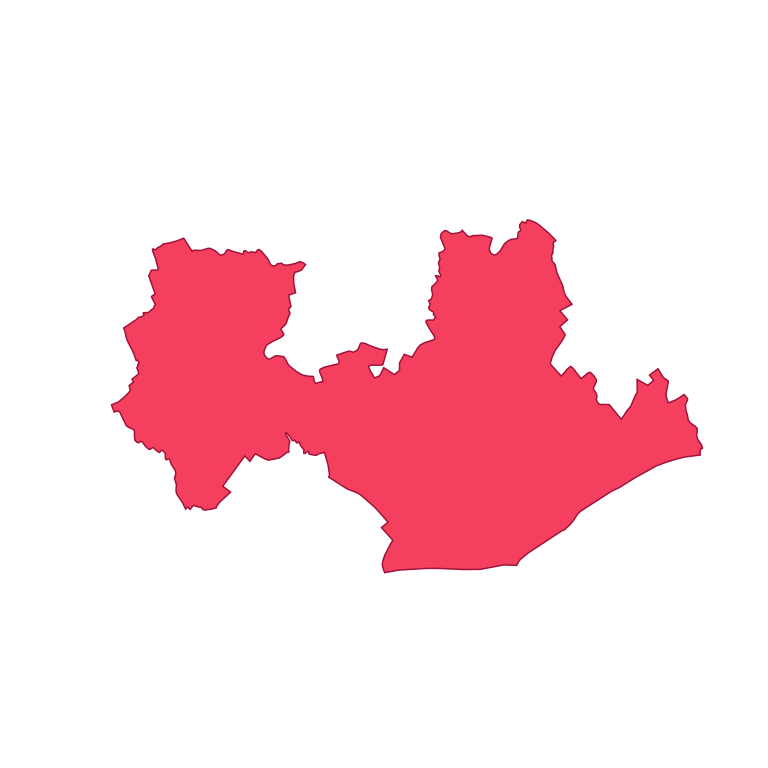 the district of Cho Gao, Tiền Giang, Vietnam, rotated 323°
{"feature_id": "81297802B70172971551103", "entity_name": "Cho Gao", "entity_type": "district", "adm_level": 2, "iso_a3": "VNM", "parent_name": "Vietnam", "parent_adm1": "Tiền Giang", "projection": "robinson", "projection_center": [106.446, 10.395], "detail": "fine", "context": "isolated", "style": "filled", "palette": "rose", "viewbox_px": 768, "rotation_deg": 323, "n_neighbors": 0, "source": "geoboundaries", "source_scale": "gbopen_adm2", "svg_char_len": 6171}
<svg xmlns="http://www.w3.org/2000/svg" viewBox="0 0 768 768"><g transform="rotate(323 384 384)"><path d="M439.3,609.0L447.1,608.4L452.6,607.2L460.2,604.4L464.8,603.9L501.3,606.6L509.3,608.3L527.1,609.8L552.1,613.3L562.4,616.3L572.9,620.2L579.8,623.1L593.8,631.0L595.1,629.0L597.7,626.7L599.8,626.9L601.1,622.8L601.1,618.6L601.6,615.8L602.7,613.3L606.3,609.6L607.4,607.6L607.2,605.6L605.2,599.1L605.4,595.7L607.6,591.5L609.3,586.7L612.0,582.4L613.1,581.3L616.8,579.5L617.7,578.1L617.3,573.0L607.8,572.4L599.6,570.1L602.1,563.4L603.2,561.8L612.9,552.8L611.0,546.8L612.0,536.7L601.3,536.7L601.5,543.4L593.8,543.8L588.9,532.6L580.9,543.5L578.2,544.1L567.8,550.2L562.3,551.5L552.3,555.0L551.5,536.0L544.3,530.4L543.4,528.3L544.1,524.3L546.2,522.5L547.5,520.4L548.1,517.4L548.0,515.0L548.8,513.3L554.9,510.0L556.2,508.4L556.5,503.3L555.9,499.3L555.4,498.5L554.0,497.9L544.6,498.4L544.4,484.6L543.6,482.2L539.3,482.4L530.4,484.4L529.0,470.0L529.1,467.8L534.3,463.8L540.9,460.2L550.1,457.4L554.9,455.5L558.4,453.7L558.9,444.0L569.2,443.3L568.6,431.3L582.1,433.5L582.1,423.3L583.0,419.1L585.7,413.7L589.1,399.1L592.6,391.3L592.2,387.2L592.6,386.0L593.7,384.9L594.9,382.4L598.2,380.6L599.7,378.3L602.3,376.2L603.7,373.6L605.2,372.8L607.4,373.1L607.5,371.1L606.3,362.4L603.4,349.7L602.2,346.3L599.4,341.5L597.2,339.2L594.1,340.8L592.2,337.6L588.3,338.4L586.8,340.2L586.1,342.8L585.4,343.7L582.8,343.5L578.1,348.1L572.8,345.1L570.0,344.4L566.6,344.3L563.9,344.8L556.8,347.6L552.1,348.2L550.1,347.7L549.2,346.8L548.1,343.9L548.9,340.2L550.1,338.6L558.0,332.7L558.0,331.8L553.0,325.4L551.3,323.8L544.3,319.0L540.4,317.7L539.5,314.3L539.0,308.3L537.9,308.8L536.1,308.6L533.7,307.7L528.9,305.1L527.5,303.1L526.1,299.1L524.9,298.1L523.9,297.9L520.0,298.4L517.3,300.9L514.4,312.0L513.8,313.1L510.6,313.6L507.2,312.4L506.3,313.1L505.2,314.6L503.9,318.0L500.4,320.0L498.9,324.0L495.7,326.9L494.7,331.2L494.1,331.9L493.2,332.0L491.0,328.8L490.1,328.6L489.8,332.3L489.0,333.7L486.5,334.5L480.8,335.1L479.0,336.9L476.6,342.0L472.6,344.8L469.8,344.2L468.9,348.0L468.1,348.8L466.3,349.3L465.1,351.1L465.4,353.3L466.7,355.8L466.4,357.2L465.1,358.4L465.8,360.9L465.6,361.6L464.1,361.8L462.3,362.9L457.2,359.1L455.9,358.9L455.1,359.3L454.2,362.7L453.3,370.1L453.0,375.4L452.4,377.6L451.5,378.5L449.7,378.4L441.7,375.5L436.2,374.6L432.5,375.5L422.6,379.5L418.1,372.5L409.3,376.4L405.5,381.1L405.0,382.3L398.0,382.8L393.6,370.8L387.2,374.2L384.9,374.7L380.8,373.7L380.2,373.1L380.2,372.2L380.9,365.6L382.1,360.9L384.7,360.9L392.5,366.9L394.7,367.9L407.5,358.2L404.3,356.3L401.6,353.5L396.3,345.7L393.3,340.2L391.7,338.4L389.7,337.4L384.8,340.3L383.0,340.8L379.6,340.5L378.2,339.7L376.8,337.5L375.5,336.5L364.0,332.5L363.5,332.8L362.9,334.4L361.9,338.8L360.6,340.3L359.8,340.4L346.5,334.7L342.4,333.8L341.3,334.0L340.1,335.1L338.2,342.0L336.8,345.2L329.4,342.1L330.2,339.3L332.1,335.7L331.7,334.9L328.9,332.9L324.7,328.3L323.7,326.6L321.5,321.0L319.5,313.3L319.3,310.1L320.4,304.0L320.3,301.7L315.6,297.0L313.9,296.1L308.3,295.5L306.8,294.6L306.3,293.9L305.9,290.7L306.5,287.3L308.1,285.5L309.8,284.3L314.0,282.3L320.4,282.9L330.1,284.8L333.4,284.5L334.0,283.7L334.5,279.2L335.0,277.8L340.3,277.3L342.8,276.4L347.4,273.2L351.2,271.2L351.8,270.4L352.4,267.7L353.1,266.7L356.3,266.2L361.3,255.7L368.3,257.9L372.4,249.4L376.5,243.7L377.9,242.4L379.3,241.6L380.7,241.4L383.1,242.5L386.7,243.3L393.2,241.4L392.5,238.9L390.4,235.5L386.2,234.6L379.3,231.5L376.4,229.4L375.6,228.3L374.7,225.6L372.8,224.9L371.5,223.8L368.1,224.2L366.0,222.2L365.4,221.0L365.4,219.8L366.4,215.3L366.4,211.7L366.1,205.1L365.3,201.6L364.5,201.0L363.3,200.9L360.6,201.8L357.4,198.4L355.2,198.0L354.4,196.8L353.5,194.1L352.9,193.5L351.8,193.6L350.2,195.2L349.3,195.3L342.6,186.4L340.3,182.7L338.8,182.5L336.4,183.6L334.8,183.9L333.7,183.9L331.5,183.0L330.5,181.9L329.4,176.1L326.8,171.0L324.8,169.6L318.5,167.4L312.5,162.6L310.6,162.4L311.8,147.0L305.1,145.2L298.3,142.5L291.9,139.3L288.2,139.6L286.2,138.9L282.4,139.3L281.4,138.4L281.1,137.4L280.6,137.0L279.9,137.4L279.2,139.0L277.2,145.9L273.3,155.5L272.4,156.8L271.7,156.8L267.3,153.4L265.8,153.3L263.9,154.8L261.3,155.8L255.4,174.4L251.5,174.1L250.7,174.5L249.2,183.2L247.8,183.4L245.1,185.0L242.8,184.7L239.1,185.2L234.7,182.3L234.2,182.9L233.9,184.4L233.4,184.6L230.2,184.3L228.1,182.9L225.3,183.5L209.8,182.6L208.7,186.3L206.7,190.3L204.9,195.6L203.0,207.0L200.2,216.2L201.5,216.5L201.2,219.4L200.9,219.9L199.1,220.2L198.6,221.3L196.4,222.3L194.8,227.2L193.9,228.3L185.6,228.5L185.0,231.8L179.6,231.8L177.5,236.3L175.6,237.1L170.0,238.0L161.5,238.6L153.8,236.7L151.6,244.1L154.2,244.8L155.4,245.9L156.1,247.5L153.1,262.1L153.7,264.3L156.5,269.6L156.6,271.1L152.8,276.1L151.2,279.2L151.3,280.1L151.9,282.5L152.8,283.1L155.6,283.7L156.1,284.5L156.0,290.6L157.0,294.7L158.0,295.4L160.9,295.5L161.5,296.0L162.1,300.1L163.4,303.5L164.6,303.5L165.9,302.8L167.2,303.9L167.5,306.6L167.2,308.3L164.9,311.4L164.3,312.9L164.9,313.8L167.0,314.1L167.4,315.2L165.8,320.3L165.4,326.1L164.6,329.1L163.0,331.0L160.7,332.5L159.8,333.6L157.6,339.4L153.9,343.8L152.7,345.8L152.1,348.7L151.7,357.2L150.3,364.6L153.0,363.8L153.7,367.5L157.3,366.5L159.3,366.5L160.1,368.5L161.0,369.0L161.5,370.3L163.8,372.4L163.9,375.8L165.0,376.4L165.8,377.6L167.9,378.0L169.4,379.5L175.5,381.9L177.2,380.7L182.3,379.4L196.4,378.0L193.7,368.6L229.6,357.7L230.4,365.1L239.2,362.2L243.5,371.6L245.8,375.2L255.3,379.9L257.8,380.3L265.7,380.2L266.9,381.1L270.5,376.3L274.0,373.5L274.6,371.7L275.0,365.9L275.8,364.2L276.2,363.7L276.7,364.0L277.1,370.1L276.6,373.8L277.2,374.6L278.9,375.0L278.8,378.4L279.4,378.9L280.7,379.0L281.2,379.8L280.3,383.2L280.4,388.5L278.6,390.3L278.3,391.2L278.9,391.9L282.7,391.9L283.1,392.3L283.1,393.0L282.2,394.2L282.0,395.1L286.7,400.1L290.2,400.6L295.3,402.8L290.6,415.0L286.2,423.1L284.5,424.9L283.8,425.1L291.3,445.3L297.6,455.7L298.8,459.4L302.1,475.2L302.9,480.8L304.0,496.8L295.6,497.1L297.0,514.2L293.8,515.3L281.7,521.1L277.4,524.0L274.0,527.0L272.4,530.5L271.0,535.1L283.8,541.5L307.0,556.9L315.2,563.0L336.5,580.5L349.2,589.9L370.8,600.6L380.8,608.7L384.9,606.7L387.9,606.1L398.0,605.7L438.3,608.3L439.3,609.0Z" fill="#f43f5e" stroke="#9f1239" stroke-width="1.5"/></g></svg>